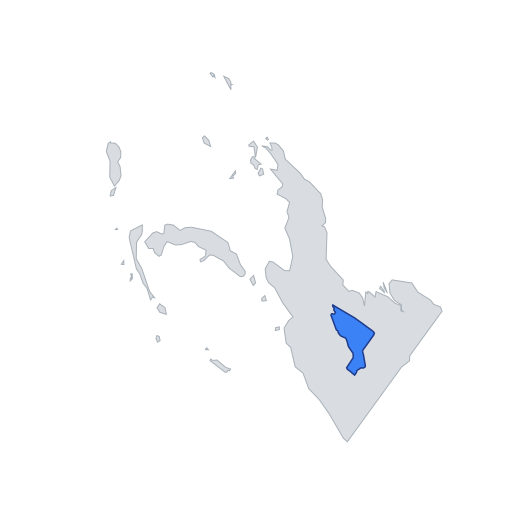 where Southern Highlands sits in Papua New Guinea, rotated 216°
{"feature_id": "PNG-1246", "entity_name": "Southern Highlands", "entity_type": "Province", "adm_level": 1, "iso_a3": "PNG", "parent_name": "Papua New Guinea", "parent_adm1": "", "projection": "mercator", "projection_center": [143.455, -5.902], "detail": "fine", "context": "in_parent", "style": "filled", "palette": "blue", "viewbox_px": 512, "rotation_deg": 216, "n_neighbors": 0, "source": "natural_earth", "source_scale": "10m", "svg_char_len": 4892}
<svg xmlns="http://www.w3.org/2000/svg" viewBox="0 0 512 512"><g transform="rotate(216 256 256)"><path d="M73.0,320.6L73.0,265.6L70.2,261.5L73.0,251.7L72.9,159.4L78.1,159.9L103.4,171.1L120.5,177.0L135.3,179.7L149.1,188.9L159.2,189.4L174.2,202.4L180.3,203.2L190.9,214.1L191.6,222.8L190.4,228.4L206.6,233.7L222.1,241.2L230.6,241.9L235.2,244.6L241.0,251.0L242.1,259.6L238.8,261.1L224.2,261.0L220.1,263.8L226.0,277.3L239.1,289.7L249.0,295.4L252.0,306.6L257.0,310.1L260.3,319.0L265.4,319.9L275.4,318.5L277.0,322.2L275.5,327.8L277.0,330.1L295.4,334.8L289.3,337.8L292.1,343.0L304.1,347.4L311.6,349.1L316.1,348.5L310.8,351.1L306.1,350.3L305.2,351.1L307.2,353.3L311.1,355.6L307.0,358.6L303.0,359.0L295.6,357.1L289.1,351.5L269.0,349.0L262.0,346.6L256.5,347.4L240.2,344.4L234.9,340.4L231.3,334.5L221.7,327.3L219.4,323.8L220.4,319.2L217.7,319.9L212.2,316.5L197.5,294.7L190.0,291.6L171.4,287.9L168.7,283.6L160.0,282.0L158.0,284.8L150.9,286.7L144.9,284.7L138.9,279.4L146.0,291.4L143.5,291.3L144.7,293.2L143.3,293.5L135.6,292.8L137.9,297.8L125.1,300.5L115.6,299.5L111.1,300.8L109.2,300.6L106.7,296.9L103.3,297.6L106.2,297.7L109.9,302.0L117.8,301.4L125.6,304.6L132.1,311.7L131.8,316.7L114.1,325.8L103.8,321.9L88.9,322.9L83.6,321.4L76.8,323.2L73.0,320.6ZM339.9,199.1L343.6,201.6L347.3,199.0L354.4,202.1L353.0,214.0L350.7,217.3L344.7,218.5L344.0,220.3L347.9,227.3L346.3,229.8L341.1,232.4L332.4,232.1L330.2,236.9L325.4,241.2L306.8,249.7L286.6,250.4L279.9,245.1L273.0,246.1L263.6,239.9L255.8,237.3L254.2,235.0L254.4,231.9L256.5,230.1L270.5,230.4L279.4,232.9L291.0,231.4L294.2,229.5L295.4,221.9L297.4,218.7L299.3,220.2L296.9,226.1L299.7,231.4L307.9,229.8L313.2,231.1L317.3,229.5L323.2,221.2L327.8,217.5L336.3,215.5L336.1,209.5L333.2,201.1L334.4,198.7L339.9,199.1ZM441.8,260.2L440.8,262.9L440.2,262.0L436.0,264.5L431.1,263.7L426.7,261.0L423.4,256.2L423.2,250.8L418.5,248.4L412.3,241.5L411.1,236.9L411.6,229.4L420.6,233.8L429.7,246.8L438.5,252.6L441.8,260.2ZM372.3,202.4L366.3,214.3L362.6,209.4L361.1,206.0L360.8,197.0L351.3,183.4L341.4,178.9L321.4,164.9L313.5,162.6L315.5,162.0L315.5,158.5L325.3,165.9L331.5,167.7L339.6,173.3L345.2,175.3L369.4,196.3L372.3,202.4ZM212.8,143.8L231.7,144.3L232.1,145.9L229.6,146.1L226.4,148.9L215.1,148.1L210.1,149.6L209.8,147.5L211.6,147.0L211.3,144.8L212.8,143.8ZM308.2,326.3L311.6,328.4L314.6,328.1L316.8,330.5L317.2,334.3L315.9,335.2L315.1,334.0L305.9,333.3L307.7,331.0L305.9,326.6L308.2,326.3ZM305.9,160.7L299.2,160.7L294.2,156.1L300.7,153.9L305.7,156.0L305.9,160.7ZM321.8,343.1L326.1,340.7L327.1,341.6L325.5,347.5L318.8,344.9L314.3,335.4L321.8,343.1ZM357.1,317.9L364.3,316.9L367.8,319.4L368.9,320.4L368.2,322.9L362.1,321.8L357.1,317.9ZM374.0,375.8L387.7,382.4L382.6,383.5L378.3,381.7L377.8,380.1L376.1,380.7L376.9,379.5L374.0,375.8ZM246.5,238.9L240.5,233.9L240.9,230.6L247.3,233.6L246.5,238.9ZM303.7,330.0L301.9,330.2L297.8,326.7L300.3,322.8L303.0,324.3L303.7,330.0ZM409.6,229.1L406.9,221.2L409.2,218.8L411.5,223.8L409.6,229.1ZM225.6,229.1L221.4,226.0L224.5,223.1L226.4,224.6L225.6,229.1ZM289.4,133.4L287.0,134.0L284.0,131.4L284.8,128.5L288.4,130.4L289.4,133.4ZM198.0,209.5L195.5,212.4L193.8,210.2L196.6,207.0L198.0,209.5ZM322.7,303.2L322.8,312.8L320.9,310.9L321.8,306.9L319.9,305.8L322.7,303.2ZM133.7,305.7L137.8,309.6L127.9,303.3L133.7,305.7ZM137.3,304.8L131.8,303.1L130.7,301.9L137.1,302.5L137.3,304.8ZM400.5,376.7L400.2,378.1L396.6,378.4L394.2,376.4L396.5,376.8L396.1,375.5L400.5,376.7ZM360.1,170.1L360.3,174.5L357.8,171.4L360.1,170.1ZM346.8,167.8L345.8,168.9L343.3,165.9L343.8,165.3L346.8,167.8ZM317.3,356.8L316.9,358.7L314.5,357.7L314.8,356.5L317.3,356.8ZM344.7,164.4L342.7,164.9L343.1,161.9L344.7,164.4ZM241.9,150.5L242.1,152.7L239.4,152.2L241.9,150.5ZM385.3,194.8L385.0,196.8L383.6,196.1L385.3,194.8Z" fill="#d9dde1" stroke="#a8b0b8" stroke-width="1"/><path d="M106.2,217.6L109.7,217.8L111.2,218.0L113.8,218.1L114.9,218.0L115.3,218.0L115.6,218.1L117.0,218.9L117.6,230.9L120.2,234.3L127.3,236.8L128.9,237.7L131.4,239.9L133.7,241.5L134.9,242.1L135.6,242.2L136.7,242.0L138.8,241.5L140.0,241.2L141.1,241.3L142.6,241.6L144.7,242.4L144.9,242.9L145.3,243.3L145.7,243.6L146.4,243.5L147.1,243.4L147.8,243.6L160.7,252.3L160.8,253.5L160.6,254.0L160.4,254.2L160.0,254.3L159.3,254.5L158.9,254.7L158.7,254.9L158.5,255.1L158.4,256.0L158.5,256.3L158.6,256.6L158.6,256.8L158.6,257.1L158.7,257.3L159.1,257.4L159.9,257.5L160.4,257.6L160.8,257.8L161.3,258.2L161.7,258.6L161.8,259.0L161.8,259.5L162.1,259.8L162.7,260.0L163.9,260.1L164.2,260.4L164.7,260.8L165.0,261.5L139.7,263.9L122.8,263.9L118.2,263.9L116.3,263.7L114.9,263.2L114.5,262.1L114.3,260.8L114.2,243.0L113.9,241.7L113.3,241.0L111.4,239.6L103.1,231.6L102.6,230.6L102.6,230.1L103.3,228.5L104.0,227.9L105.0,227.5L105.4,227.1L105.6,226.5L105.6,226.4L106.0,225.4L106.0,225.1L106.1,224.9L106.7,223.8L106.8,223.3L107.0,222.5L106.7,221.8L106.4,221.1L106.2,220.0L106.2,217.6Z" fill="#3b82f6" stroke="#1e3a8a" stroke-width="1.5"/></g></svg>